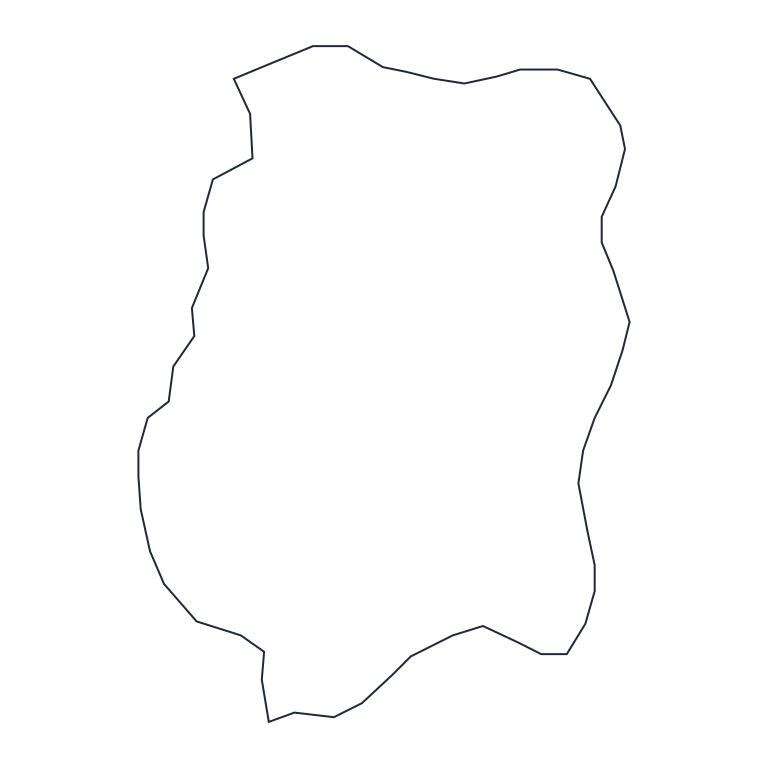 Pileri, Cyprus
{"feature_id": "46923920B51203162214587", "entity_name": "Pileri", "entity_type": "district", "adm_level": 2, "iso_a3": "CYP", "parent_name": "Cyprus", "parent_adm1": "", "projection": "mercator", "projection_center": [33.212, 35.289], "detail": "fine", "context": "isolated", "style": "outline", "palette": "slate", "viewbox_px": 768, "rotation_deg": 0, "n_neighbors": 0, "source": "geoboundaries", "source_scale": "gbopen_adm2", "svg_char_len": 835}
<svg xmlns="http://www.w3.org/2000/svg" viewBox="0 0 768 768"><path d="M268.8,721.9L294.4,712.6L333.9,717.2L361.9,703.2L392.1,675.1L410.8,656.4L452.7,635.4L482.9,626.0L517.9,642.4L541.1,654.1L566.8,654.1L585.4,623.7L594.7,591.0L594.7,565.2L587.7,532.5L578.4,483.4L583.1,450.6L594.7,417.9L611.0,385.2L622.6,350.1L629.6,322.0L613.3,270.6L601.7,242.5L601.7,216.8L615.6,186.4L625.0,149.0L620.3,125.6L590.0,78.8L557.4,69.5L520.2,69.5L496.9,76.5L464.3,83.5L434.1,78.8L406.1,71.8L382.8,67.1L347.9,46.1L313.0,46.1L273.4,62.4L233.8,78.8L250.1,113.9L252.5,158.3L212.9,179.4L203.6,212.1L203.6,235.5L208.2,268.2L191.9,308.0L194.3,336.1L173.3,366.5L168.7,401.5L147.7,417.9L138.4,450.6L138.4,476.4L140.7,509.1L150.0,551.2L164.0,583.9L196.6,621.4L240.8,635.4L264.1,651.8L261.8,679.8L268.8,721.9Z" fill="none" stroke="#1e293b" stroke-width="2"/></svg>